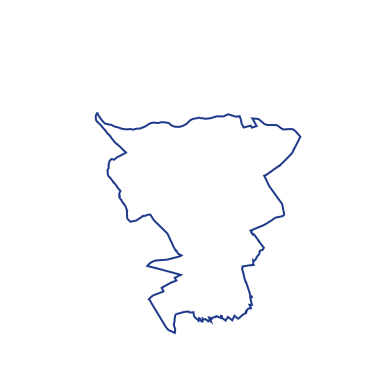 outline of Alkmaar, Noord-Holland, Netherlands, rotated 224°
{"feature_id": "6326949B3608073145237", "entity_name": "Alkmaar", "entity_type": "district", "adm_level": 2, "iso_a3": "NLD", "parent_name": "Netherlands", "parent_adm1": "Noord-Holland", "projection": "equal_earth", "projection_center": [4.805, 52.601], "detail": "fine", "context": "isolated", "style": "outline", "palette": "blue", "viewbox_px": 384, "rotation_deg": 224, "n_neighbors": 0, "source": "geoboundaries", "source_scale": "gbopen_adm2", "svg_char_len": 5893}
<svg xmlns="http://www.w3.org/2000/svg" viewBox="0 0 384 384"><g transform="rotate(224 192 192)"><path d="M152.4,307.0L159.0,307.6L161.2,307.5L162.9,307.2L163.6,306.8L164.5,306.0L164.5,305.9L165.2,305.4L168.3,302.0L169.4,300.8L169.8,300.5L170.3,300.2L171.3,299.9L176.2,299.3L176.8,299.2L177.7,298.7L178.7,297.9L184.1,292.8L184.8,292.3L185.3,292.0L186.9,291.3L187.5,291.2L192.6,290.9L194.1,290.7L195.2,290.4L196.0,289.9L199.7,286.8L198.7,286.6L191.3,284.3L193.6,279.9L195.8,280.6L199.7,274.3L203.8,275.7L207.6,278.3L208.4,278.7L209.9,279.2L210.4,279.6L212.2,277.2L212.8,276.7L215.5,275.2L219.7,273.2L219.9,273.0L220.1,272.8L221.7,268.8L222.0,268.2L222.4,267.7L226.7,263.7L230.0,257.9L230.6,257.1L232.9,254.3L233.2,254.0L234.8,253.0L236.9,251.3L237.8,250.8L238.4,250.4L238.9,249.8L240.1,247.9L241.1,246.8L241.4,246.3L242.3,244.8L242.6,243.8L243.1,242.6L243.2,241.3L243.1,240.2L243.2,238.4L243.2,237.4L243.4,236.8L244.2,234.0L245.8,230.9L246.1,230.4L246.5,230.0L249.7,227.0L253.6,225.5L254.0,225.5L255.7,225.6L256.2,225.6L258.4,224.4L262.5,221.0L262.8,220.7L263.5,219.2L263.7,218.8L266.0,216.6L267.6,215.5L267.8,215.3L269.0,213.6L269.8,212.2L270.3,210.6L270.8,208.1L271.2,206.6L273.4,201.7L273.8,201.1L275.0,200.0L276.2,198.6L277.7,196.0L278.4,195.4L279.5,194.9L280.1,194.4L280.6,193.9L281.7,192.5L283.3,191.0L286.2,188.9L289.9,187.2L293.4,185.2L296.4,184.4L299.2,182.5L302.0,180.9L302.8,180.8L303.5,180.8L305.3,180.9L309.0,181.3L313.4,182.4L314.5,182.9L314.8,183.1L315.2,183.6L314.4,180.5L313.9,179.7L313.3,179.2L312.7,178.4L311.1,177.2L310.1,176.8L309.5,176.8L308.7,176.6L307.8,176.8L306.7,176.7L303.4,176.8L301.6,176.4L297.7,176.1L297.4,176.2L296.0,175.8L294.0,175.5L293.2,175.4L293.0,175.5L292.6,175.6L292.1,175.5L288.9,175.3L288.8,175.1L287.8,174.9L286.5,174.7L285.4,174.7L284.8,174.5L283.5,174.3L281.4,174.2L279.4,174.2L279.2,174.4L278.1,174.4L275.6,174.6L274.4,174.5L272.9,174.6L271.2,174.4L269.2,174.6L266.8,174.5L269.1,167.4L270.0,165.2L270.5,161.1L272.7,159.9L272.8,159.6L272.9,159.1L272.8,158.4L272.9,158.2L272.8,156.9L272.5,156.3L271.8,155.3L271.5,154.6L271.2,154.0L270.3,153.0L269.0,151.8L268.5,151.3L268.4,150.9L268.3,150.4L268.1,149.6L268.0,149.1L267.7,148.8L265.2,146.5L263.5,145.5L263.1,145.4L261.8,145.4L259.7,145.2L256.0,144.6L255.0,144.7L254.9,144.3L253.2,144.4L250.2,143.9L248.0,143.4L244.1,143.0L244.0,142.3L243.1,140.1L242.7,139.7L241.3,139.1L241.2,139.0L241.5,138.6L240.5,137.7L240.2,137.6L236.4,136.9L235.1,136.4L234.1,136.3L233.2,136.4L233.0,136.0L232.8,135.9L230.4,135.7L227.1,134.1L225.7,133.6L225.5,133.4L225.6,133.1L220.4,128.1L219.9,127.9L215.6,127.8L212.2,132.9L211.4,136.8L211.1,137.4L211.0,137.7L211.0,138.8L211.0,139.6L211.0,139.9L210.9,140.1L210.2,140.9L210.2,141.1L209.9,141.6L208.9,142.6L208.7,143.4L208.6,143.8L208.1,144.8L207.1,146.0L206.2,146.8L200.1,145.3L199.4,145.2L185.2,145.1L182.0,145.1L181.0,145.0L179.3,144.5L172.4,141.8L172.2,141.9L172.3,141.8L167.0,139.7L162.9,138.5L162.7,139.0L160.0,138.2L158.9,138.0L155.6,139.1L155.9,137.6L162.8,126.2L170.4,117.6L170.6,117.3L171.1,116.5L172.1,114.1L172.6,112.4L172.7,111.4L172.8,110.8L172.9,109.6L172.7,107.8L163.2,113.2L163.3,113.2L162.2,113.8L143.9,123.9L143.5,124.1L142.5,124.6L144.8,118.3L143.6,117.9L141.7,117.5L144.1,112.2L145.1,109.2L146.9,103.2L147.2,102.7L147.4,102.1L147.1,101.8L146.6,101.8L144.2,101.1L143.6,100.9L143.4,100.6L147.7,91.6L148.1,90.5L148.4,89.0L148.6,87.4L148.6,86.0L148.5,84.8L147.1,84.9L145.6,84.4L144.4,84.0L118.3,77.1L115.5,76.5L114.0,76.4L112.3,76.6L108.0,78.2L106.5,78.7L107.8,80.5L108.9,81.7L109.3,82.0L111.1,82.8L111.6,83.0L112.8,83.9L113.2,84.3L114.0,85.6L114.6,86.8L116.0,88.2L117.8,90.8L118.5,92.0L118.6,92.4L118.6,92.7L118.2,93.8L117.8,94.5L117.1,95.5L114.7,99.7L112.4,102.6L111.2,103.8L110.4,103.4L108.4,105.3L107.5,106.5L104.7,104.4L104.1,104.1L103.5,103.9L101.1,104.0L101.0,103.9L100.6,103.9L98.5,104.1L97.9,104.0L99.2,106.2L98.2,106.4L97.5,105.6L94.6,105.7L94.5,106.1L96.5,108.3L95.0,108.4L94.7,109.0L94.0,109.9L91.6,110.2L91.4,110.2L91.4,110.3L90.9,110.3L90.5,110.2L90.5,111.9L88.4,112.0L89.6,112.6L91.3,112.9L92.2,113.3L92.6,113.5L91.5,114.2L90.8,114.4L89.6,114.5L89.8,115.9L89.6,116.2L89.2,117.2L88.9,117.7L88.8,118.0L88.1,118.4L88.0,118.8L87.9,119.6L88.0,119.7L86.4,120.3L86.4,120.5L84.0,121.3L85.0,123.2L84.2,123.5L83.6,123.0L83.3,122.6L82.5,122.2L79.5,122.8L78.5,122.9L78.8,123.6L79.3,127.1L73.9,127.7L75.5,132.5L72.5,132.7L70.8,132.9L70.5,135.1L70.3,137.7L70.3,138.5L69.6,141.3L69.4,142.8L69.6,143.0L69.4,143.0L69.7,143.4L69.8,143.9L70.5,144.8L70.4,145.4L70.5,147.0L70.4,147.2L70.0,147.9L68.8,149.4L68.9,149.5L69.1,149.5L72.3,150.8L70.5,152.4L76.7,156.5L76.3,156.9L76.2,157.6L75.9,158.0L76.6,158.3L77.7,157.7L79.6,158.9L82.0,160.3L90.4,164.7L90.6,164.4L92.0,165.1L95.9,167.3L95.9,167.5L99.9,170.0L101.6,171.0L102.4,171.3L102.7,171.7L103.3,173.1L103.5,173.3L103.9,173.5L99.3,179.8L98.6,180.2L98.5,180.8L98.2,180.9L97.0,182.4L98.5,183.2L99.9,184.8L100.5,185.4L99.9,185.4L99.8,185.8L99.4,186.0L99.4,186.4L99.3,187.7L99.7,188.7L100.2,190.0L100.2,190.6L100.5,191.8L100.5,192.7L100.5,193.6L100.6,193.9L101.1,195.1L101.4,195.5L102.0,196.0L102.0,196.3L102.2,196.8L102.1,197.6L101.8,198.1L101.5,198.4L101.3,198.6L101.1,199.1L101.2,199.8L101.2,200.5L101.6,201.8L110.3,203.1L110.2,203.3L118.2,204.6L118.5,203.6L121.3,204.1L121.3,204.7L123.1,205.0L122.8,205.5L122.0,207.4L120.0,212.1L117.3,218.2L116.5,220.9L115.7,224.3L115.0,227.0L114.8,227.7L114.7,229.3L113.9,231.9L113.4,232.7L112.5,233.9L110.9,236.3L109.8,238.5L109.8,239.3L110.0,239.7L110.2,240.0L110.9,240.5L115.8,243.8L116.9,244.7L118.1,245.5L119.1,246.0L140.5,249.9L143.4,250.9L147.0,252.3L151.4,253.9L150.7,255.3L150.6,255.6L149.4,261.3L149.5,261.3L149.3,262.2L148.9,264.3L148.8,265.1L148.0,269.0L147.8,270.2L147.5,271.9L147.4,272.2L147.2,272.1L147.0,283.7L147.0,288.6L147.1,289.6L147.5,291.0L148.2,293.3L148.4,293.4L148.3,293.5L148.5,294.1L152.4,307.0Z" fill="none" stroke="#1e3a8a" stroke-width="2"/></g></svg>